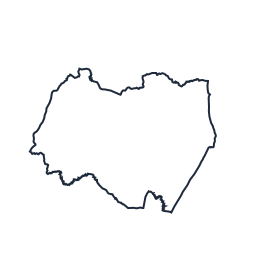 Nam Som, Udon Thani, Thailand, rotated 30°
{"feature_id": "78962969B77162965817779", "entity_name": "Nam Som", "entity_type": "district", "adm_level": 2, "iso_a3": "THA", "parent_name": "Thailand", "parent_adm1": "Udon Thani", "projection": "natural_earth1", "projection_center": [102.167, 17.759], "detail": "fine", "context": "isolated", "style": "outline", "palette": "slate", "viewbox_px": 256, "rotation_deg": 30, "n_neighbors": 0, "source": "geoboundaries", "source_scale": "gbopen_adm2", "svg_char_len": 5881}
<svg xmlns="http://www.w3.org/2000/svg" viewBox="0 0 256 256"><g transform="rotate(30 128 128)"><path d="M173.8,47.3L171.1,48.6L168.5,49.2L166.6,50.6L166.3,51.2L165.8,51.5L164.6,50.7L163.0,51.3L162.9,51.6L163.3,51.6L163.2,52.0L161.2,53.5L161.1,54.2L160.3,55.2L159.7,55.1L159.6,55.5L158.2,56.2L157.6,57.0L158.0,57.3L157.7,57.6L156.7,57.9L156.4,58.4L155.9,58.3L155.4,58.6L155.8,59.5L155.2,60.5L155.4,61.7L154.8,62.7L154.4,62.7L154.1,63.0L153.9,64.8L153.4,65.3L150.4,65.3L149.8,64.3L148.7,63.8L147.0,64.8L146.8,64.0L145.9,64.0L145.7,65.0L145.0,65.8L143.5,65.9L142.8,65.3L142.5,64.6L141.8,64.0L140.3,64.7L139.2,64.6L138.6,64.5L136.4,63.1L134.6,63.4L133.9,63.0L132.2,63.0L130.6,63.3L130.0,63.7L129.1,65.1L127.8,65.2L127.1,66.1L127.1,67.1L126.6,67.5L124.9,66.3L121.4,68.3L118.8,71.5L117.4,71.9L116.8,73.7L116.3,74.0L114.8,75.8L116.0,78.0L118.1,79.8L118.6,80.9L118.9,82.8L120.8,84.3L120.8,85.0L120.3,85.8L119.3,86.2L118.9,86.9L117.9,87.4L117.8,88.8L115.3,88.8L115.1,89.4L112.6,91.3L111.6,92.4L110.8,92.6L108.8,92.2L107.6,93.1L107.2,94.1L106.9,97.0L105.1,97.8L104.8,98.2L104.5,100.1L105.0,102.6L104.8,103.0L94.5,104.2L88.5,106.2L86.4,107.4L85.2,107.6L83.6,107.3L81.2,105.4L78.3,103.8L75.1,104.8L73.8,104.8L73.4,105.2L72.9,104.6L72.7,104.9L72.5,104.7L72.6,105.2L71.6,105.2L71.5,104.3L71.3,104.6L70.6,103.9L70.2,104.3L69.1,103.1L69.6,102.5L69.6,102.1L70.0,101.9L69.9,101.4L69.4,101.1L69.6,100.1L69.2,99.9L68.7,99.0L68.1,98.9L66.9,97.5L65.9,97.2L65.2,96.7L62.6,97.3L58.6,100.5L56.3,100.9L56.6,102.0L56.7,103.9L57.8,105.1L59.5,106.2L59.8,108.0L58.8,108.4L58.4,109.6L56.9,111.2L51.6,110.5L51.2,110.7L51.4,111.9L50.3,112.9L50.3,114.5L50.7,115.6L50.2,116.2L51.1,116.9L51.1,117.3L49.9,118.9L49.6,121.1L48.2,122.8L48.1,124.6L47.7,126.2L47.9,130.0L47.8,130.7L47.3,131.5L45.1,132.9L44.7,133.9L44.5,135.2L45.1,137.2L46.6,140.8L47.5,145.5L47.6,151.8L48.9,154.5L49.5,158.8L50.4,160.9L50.7,162.3L51.1,165.6L50.6,169.2L51.0,172.3L50.9,174.9L50.5,177.0L49.4,178.9L49.3,180.5L50.0,182.0L51.6,183.8L53.1,187.1L53.9,187.6L55.9,188.3L56.3,188.8L56.3,189.2L55.4,191.1L54.7,193.7L54.8,197.5L56.7,197.4L57.4,198.2L58.0,198.3L59.3,196.7L59.9,197.0L60.6,197.0L61.3,195.7L62.0,195.5L63.4,195.7L63.8,195.3L63.8,194.6L64.2,193.7L64.8,193.1L66.3,193.1L67.1,193.5L68.3,193.2L69.3,194.8L71.2,197.0L71.7,198.3L74.2,200.5L74.5,200.6L76.4,199.8L77.4,200.0L77.8,201.8L78.1,202.4L78.1,203.5L78.5,204.2L79.5,205.0L79.6,206.7L80.2,207.7L81.7,207.9L82.4,206.0L82.8,205.9L83.4,206.1L83.8,205.5L84.4,205.4L84.7,204.5L84.6,203.7L85.4,203.4L86.0,202.6L86.8,202.6L87.3,201.7L88.2,201.6L88.8,200.5L90.0,200.3L90.0,199.8L90.3,199.7L91.3,200.0L91.3,199.8L91.8,199.5L92.6,200.1L92.1,201.2L92.3,201.6L91.8,201.9L91.8,202.4L92.9,202.3L93.8,203.2L93.9,204.1L94.5,204.4L94.7,205.1L95.5,205.2L95.8,204.8L96.0,205.2L96.2,205.3L96.2,205.0L96.5,205.5L96.2,205.8L97.3,206.2L97.4,206.6L97.8,206.5L98.1,206.7L98.3,206.4L98.6,206.5L98.8,206.7L98.6,206.8L98.7,207.0L99.1,206.7L99.3,207.2L99.0,208.0L100.0,208.7L100.6,208.3L100.8,208.7L101.5,208.4L101.6,207.9L102.2,208.1L102.5,207.5L103.2,207.7L104.3,207.0L104.5,207.3L105.3,206.8L105.3,206.4L105.7,206.5L105.9,205.4L106.3,205.0L105.9,204.9L105.9,204.6L106.6,204.3L106.6,203.8L107.4,203.6L107.3,203.1L106.8,202.9L107.4,202.3L107.0,202.0L107.6,201.3L106.9,200.6L107.0,199.8L106.8,199.5L107.6,199.1L108.0,199.4L108.6,198.9L109.2,199.1L109.6,198.4L109.9,198.6L110.6,198.2L110.4,197.8L110.9,197.4L110.5,197.2L110.1,196.3L110.5,196.4L110.6,195.6L111.1,195.6L111.0,195.1L111.1,195.4L111.6,195.3L111.5,195.1L112.1,194.4L112.0,193.7L112.3,193.0L112.7,192.9L112.8,192.4L112.4,192.4L112.5,192.0L112.9,191.7L113.4,191.7L114.0,190.2L114.3,190.6L114.6,190.1L115.2,190.2L115.0,189.5L115.5,189.7L115.5,189.4L115.9,189.2L116.3,189.2L116.4,188.0L116.1,188.1L116.1,187.6L117.5,187.3L118.3,186.7L119.7,186.4L120.7,185.9L121.6,186.1L122.1,187.0L122.4,187.0L122.4,187.8L124.0,187.4L123.8,187.9L124.5,188.4L124.7,188.9L125.4,189.1L125.7,188.8L126.1,189.0L126.3,188.8L127.2,189.4L127.4,188.9L128.2,190.1L129.6,191.1L130.2,191.0L131.1,191.7L136.4,193.1L137.6,192.8L140.2,192.7L143.2,194.3L144.1,194.4L147.0,193.6L147.1,193.3L147.8,193.2L149.6,194.4L151.2,195.0L151.8,194.9L151.7,195.2L152.3,195.7L152.5,195.4L153.0,195.5L152.9,195.1L153.2,195.0L156.6,197.0L158.4,196.5L159.4,196.5L159.5,196.2L161.6,196.7L162.1,196.3L163.2,196.4L168.1,197.3L172.8,194.3L175.5,193.3L178.5,190.7L180.7,190.0L181.3,189.6L177.6,179.1L177.3,175.4L177.6,172.4L178.7,172.4L179.7,171.7L182.3,172.3L182.7,171.9L182.8,172.7L183.7,172.9L184.1,173.3L184.7,172.9L185.0,173.5L185.5,173.5L186.2,174.6L186.8,174.3L187.4,175.1L187.9,174.5L188.2,174.7L188.6,173.4L188.4,173.2L188.7,173.1L188.5,172.9L188.8,172.8L188.8,172.3L189.1,172.1L188.9,171.6L189.6,171.0L190.0,171.2L190.6,170.7L191.0,170.9L190.9,171.4L191.7,171.2L191.7,171.7L191.4,171.8L192.2,172.5L192.4,173.0L192.2,173.3L192.7,173.4L192.7,173.6L193.3,173.4L193.6,173.8L193.9,173.6L194.5,174.0L194.5,174.5L194.9,174.2L194.9,174.6L195.1,174.5L195.3,174.7L195.4,174.3L195.5,174.7L195.8,174.6L196.3,175.8L196.8,176.0L196.8,176.5L197.2,176.3L197.2,176.7L197.5,176.2L197.7,176.8L197.3,176.9L197.8,177.0L197.7,177.3L197.9,177.4L197.8,177.7L198.9,177.3L198.5,177.8L198.5,178.5L198.8,178.3L198.7,178.6L198.3,178.8L198.0,178.4L197.9,178.7L198.2,179.7L198.6,179.4L198.5,180.2L199.0,180.2L198.7,180.7L199.0,181.7L199.4,181.6L199.2,182.0L199.5,182.1L200.6,181.8L207.7,179.0L207.8,180.5L207.4,172.5L207.7,159.9L207.4,156.0L208.0,147.7L207.6,141.9L208.5,134.7L208.7,125.1L208.3,119.8L208.5,118.1L208.2,116.0L208.3,113.8L207.6,105.0L208.1,103.8L209.2,103.5L209.4,102.9L210.4,102.7L211.5,101.9L211.4,100.9L210.1,98.1L210.1,96.9L209.5,95.4L208.3,93.7L208.2,91.4L207.9,90.8L206.9,89.7L205.4,88.7L203.6,86.6L201.6,85.1L200.5,83.9L198.1,82.5L197.1,81.7L193.0,77.6L189.4,72.7L188.0,69.9L182.7,61.4L182.2,59.9L182.2,58.0L180.1,57.6L178.1,55.3L175.7,51.7L173.8,47.3Z" fill="none" stroke="#1e293b" stroke-width="2"/></g></svg>